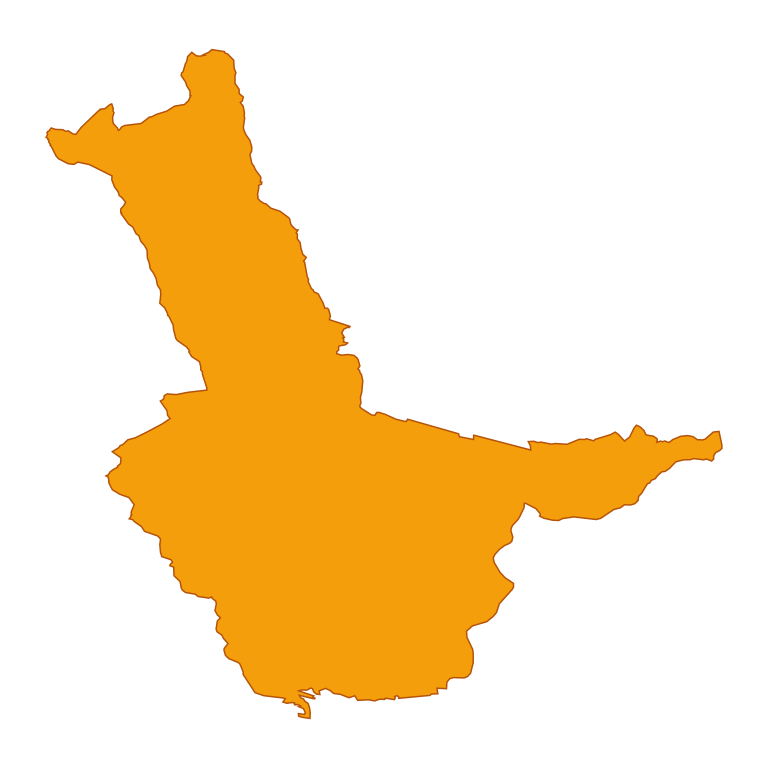 the district of Aninoasa, Gorj, Romania
{"feature_id": "2599482B76100938199978", "entity_name": "Aninoasa", "entity_type": "district", "adm_level": 2, "iso_a3": "ROU", "parent_name": "Romania", "parent_adm1": "Gorj", "projection": "equal_earth", "projection_center": [23.453, 44.775], "detail": "fine", "context": "isolated", "style": "filled", "palette": "amber", "viewbox_px": 768, "rotation_deg": 0, "n_neighbors": 0, "source": "geoboundaries", "source_scale": "gbopen_adm2", "svg_char_len": 6064}
<svg xmlns="http://www.w3.org/2000/svg" viewBox="0 0 768 768"><path d="M446.5,688.7L446.9,682.1L449.8,678.7L453.2,677.6L464.2,677.9L467.6,676.5L470.6,673.1L473.2,662.7L473.2,653.4L472.6,649.2L467.0,637.5L466.5,631.2L472.4,625.9L486.9,621.6L493.1,616.5L496.5,612.5L499.3,603.8L512.3,589.3L513.5,587.1L513.5,583.4L505.0,577.7L500.0,572.3L494.3,562.7L493.2,558.0L495.0,554.3L499.7,549.1L504.6,545.5L509.6,543.3L511.8,541.3L512.8,537.2L510.9,530.7L511.2,528.2L512.7,525.2L518.1,519.4L519.8,516.5L524.1,507.5L524.3,503.3L525.8,503.4L536.0,508.7L540.1,513.6L540.3,515.1L539.6,516.1L543.8,518.2L552.6,520.2L558.7,520.5L562.7,518.5L574.0,516.9L596.0,519.5L600.6,518.4L613.8,509.5L620.4,507.8L624.4,504.8L630.3,505.0L634.6,503.8L638.1,500.5L638.6,496.5L641.7,493.1L647.4,483.8L649.8,482.9L651.3,480.4L655.4,478.6L657.4,475.7L661.8,471.8L665.1,471.4L669.4,468.5L675.8,461.8L683.9,459.8L690.2,459.7L693.6,458.6L703.5,459.8L706.5,459.0L711.6,461.0L713.6,459.2L713.7,455.8L715.7,452.5L719.6,450.6L721.9,448.3L721.9,445.1L719.0,431.4L713.2,432.1L705.1,439.2L702.7,439.9L697.4,439.7L692.9,436.6L687.8,435.6L680.6,436.3L672.9,439.5L669.0,442.5L664.7,441.0L662.5,441.8L660.7,441.1L656.7,442.3L657.3,440.0L656.9,438.6L653.4,436.2L646.1,434.9L643.9,430.4L639.8,426.7L636.4,425.2L633.9,428.3L629.7,437.0L624.5,441.0L618.2,434.2L615.2,432.1L610.7,434.6L595.1,439.4L593.7,440.8L586.3,438.7L584.8,439.5L579.3,439.3L567.0,444.3L555.2,443.5L551.8,444.2L540.9,442.1L537.9,442.6L533.8,441.3L528.3,441.6L530.4,445.9L530.7,450.0L474.8,435.4L473.7,435.3L473.5,439.5L459.3,436.7L458.6,433.8L407.5,419.2L406.4,421.5L402.6,420.9L395.6,419.1L385.3,414.4L379.0,412.4L376.6,412.5L375.1,415.2L371.9,415.1L362.0,408.9L360.1,407.1L359.8,405.8L360.9,403.0L360.4,397.5L361.8,391.9L362.8,381.0L361.4,374.4L360.0,372.6L359.5,370.4L357.9,368.8L359.9,366.0L358.2,359.9L357.2,358.1L354.0,355.4L347.7,354.5L341.7,355.2L336.7,353.7L336.8,351.7L338.8,349.9L338.5,347.4L339.2,346.0L345.6,344.7L347.6,343.0L343.4,341.9L343.8,339.8L342.8,337.7L344.4,337.5L341.7,332.8L344.1,328.8L345.9,328.4L346.9,327.3L349.2,327.6L350.0,326.4L329.4,319.7L330.4,315.9L328.6,309.4L327.4,308.2L324.8,308.2L323.1,303.0L318.1,293.7L314.0,292.0L313.2,290.0L311.4,288.6L308.0,281.2L308.6,279.8L307.2,276.5L304.6,262.2L303.5,261.3L306.3,257.4L302.8,254.4L300.9,248.0L300.1,242.5L297.2,238.7L297.4,234.3L296.2,232.7L298.0,230.0L295.7,229.6L292.2,226.1L290.8,224.1L289.6,218.8L288.4,217.5L280.1,211.3L270.7,208.1L266.1,203.9L263.4,203.2L260.2,201.0L257.7,198.3L258.1,196.8L257.5,194.7L258.8,187.7L258.6,185.5L261.5,184.1L261.8,182.0L260.3,182.0L260.9,177.8L260.4,176.5L255.3,169.6L254.0,166.3L251.9,163.5L249.9,154.5L251.6,151.3L251.8,147.1L249.8,140.3L245.8,134.5L243.7,129.6L243.4,126.8L244.7,118.0L244.2,116.3L244.4,112.4L243.1,106.1L240.3,102.5L242.3,101.0L243.3,97.0L239.2,93.6L239.1,89.3L235.0,83.4L235.0,75.7L235.9,72.8L234.1,68.1L233.7,60.2L227.5,53.9L224.9,53.0L224.5,51.6L211.8,49.6L208.6,52.4L203.5,54.6L204.7,55.2L199.8,56.2L196.3,55.8L191.8,52.3L187.7,56.5L186.6,61.7L185.4,63.7L183.1,71.7L181.6,73.0L181.2,75.6L185.5,81.9L186.8,85.9L190.1,91.3L190.0,95.8L190.8,95.8L188.5,100.6L184.5,104.5L174.7,106.1L166.6,111.2L156.3,114.4L151.8,116.8L149.4,117.1L141.1,123.5L124.7,125.5L121.5,127.0L119.7,129.7L118.4,130.4L117.6,128.2L113.4,123.6L112.8,121.6L112.6,116.9L114.0,112.9L112.9,110.7L113.3,108.7L111.7,103.9L109.7,104.7L104.9,108.7L100.1,109.2L100.0,110.1L99.0,110.3L81.0,127.6L75.7,134.5L72.7,133.8L68.4,130.9L65.7,131.3L62.8,129.7L55.6,129.4L51.2,128.0L48.6,131.3L47.5,131.6L47.0,132.8L47.6,134.5L46.1,137.3L47.9,138.5L47.8,139.5L48.9,140.4L48.8,142.1L50.5,144.6L50.1,145.3L51.2,146.3L56.1,156.0L58.4,158.7L68.1,163.7L73.9,164.4L77.9,162.1L89.4,164.6L112.0,175.9L111.8,179.8L114.6,187.1L118.1,191.8L119.3,195.6L121.9,197.6L125.6,202.2L123.7,205.7L120.8,208.9L120.7,212.5L121.6,213.1L121.2,213.8L128.6,224.1L132.8,227.0L136.0,233.6L138.8,235.7L140.8,241.2L144.5,245.6L147.0,249.9L147.4,258.0L149.2,262.9L150.2,268.6L153.7,273.5L156.1,278.5L157.4,285.1L160.4,289.8L160.8,294.5L159.8,303.3L164.8,308.0L167.7,313.9L167.6,315.3L168.9,316.3L173.1,324.9L173.6,329.8L175.9,338.6L177.6,340.7L186.6,347.0L189.6,350.9L188.8,351.8L191.7,356.6L199.5,361.7L200.7,366.5L200.8,369.9L202.4,371.8L202.4,374.1L206.8,387.8L206.9,390.1L188.0,392.3L176.1,394.6L167.1,393.9L164.2,395.7L164.0,397.9L163.1,399.5L160.3,401.1L167.0,410.6L167.6,415.4L170.1,418.6L161.9,424.1L147.0,432.0L135.1,437.9L127.8,439.8L122.9,444.5L120.0,445.7L118.9,447.6L112.3,451.7L121.0,457.9L120.5,463.6L117.5,466.1L117.6,467.2L113.1,469.6L109.9,472.1L108.5,474.6L106.0,475.9L108.3,477.1L109.0,483.2L112.3,489.7L119.8,494.3L128.9,497.5L134.2,504.7L131.1,512.3L131.7,514.8L131.0,514.9L130.9,516.7L129.2,518.8L132.8,519.7L134.2,521.5L141.4,526.5L144.6,531.4L157.5,535.9L159.9,538.1L160.5,539.8L159.8,544.4L160.5,552.4L161.8,556.6L171.2,559.8L172.5,562.3L170.6,563.9L169.8,565.7L173.7,567.1L174.0,575.7L180.1,581.6L181.3,588.1L182.5,590.2L185.5,592.5L195.4,594.2L198.0,596.5L208.9,598.1L211.6,596.9L212.2,598.4L215.8,601.2L216.3,603.9L215.0,610.6L217.4,615.0L220.4,617.7L217.3,621.0L216.1,629.1L217.1,631.8L221.8,635.1L223.6,638.6L228.0,643.5L224.2,648.4L224.0,650.3L225.5,655.4L228.9,658.7L238.2,662.5L240.0,664.2L243.3,672.2L243.0,673.9L243.5,675.0L255.1,692.7L263.9,695.7L283.3,698.0L285.3,698.7L282.9,702.0L286.9,703.3L292.2,702.5L294.7,703.1L294.2,704.0L295.1,705.0L296.9,704.5L300.7,705.8L300.7,706.6L299.1,706.8L303.5,708.6L305.3,712.8L304.4,714.4L298.4,713.6L298.7,716.2L301.7,717.2L310.0,718.4L310.2,712.6L309.5,707.7L308.1,703.5L304.7,701.0L303.6,699.0L300.8,697.9L299.3,695.3L314.3,698.9L315.0,698.2L312.7,697.3L313.8,695.9L298.8,690.9L301.9,689.9L306.7,690.2L310.9,688.0L312.4,688.6L313.8,691.9L316.3,694.1L319.9,694.5L319.2,690.8L325.6,688.4L330.1,690.5L333.7,693.5L340.3,694.3L348.9,697.7L354.8,695.8L357.6,700.3L368.8,699.8L374.6,700.9L379.7,699.2L384.8,699.4L385.4,698.2L394.4,699.6L395.2,698.1L394.6,696.7L396.8,695.6L398.6,696.6L398.7,698.3L429.9,695.4L431.6,694.0L437.8,693.8L437.0,688.2L446.5,688.7Z" fill="#f59e0b" stroke="#b45309" stroke-width="1.5"/></svg>